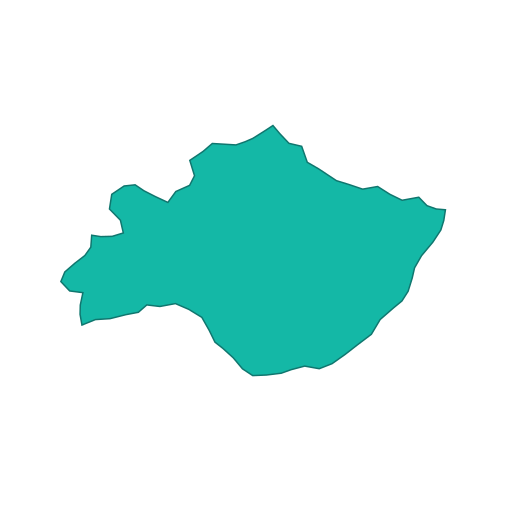 outline of Sarzedo, Minas Gerais, Brazil, rotated 326°
{"feature_id": "56859067B34966160982141", "entity_name": "Sarzedo", "entity_type": "district", "adm_level": 2, "iso_a3": "BRA", "parent_name": "Brazil", "parent_adm1": "Minas Gerais", "projection": "mercator", "projection_center": [-44.126, -20.058], "detail": "fine", "context": "isolated", "style": "filled", "palette": "teal", "viewbox_px": 512, "rotation_deg": 326, "n_neighbors": 0, "source": "geoboundaries", "source_scale": "gbopen_adm2", "svg_char_len": 1169}
<svg xmlns="http://www.w3.org/2000/svg" viewBox="0 0 512 512"><g transform="rotate(326 256 256)"><path d="M73.1,215.9L87.3,218.9L99.9,226.3L115.4,231.9L127.0,236.9L138.1,235.5L148.1,244.1L162.6,250.4L170.4,262.6L176.8,276.6L175.6,291.7L173.8,304.5L176.8,313.8L180.2,327.6L181.7,342.0L186.4,353.3L198.1,360.5L211.4,367.3L221.6,369.9L234.8,374.5L245.4,384.8L258.9,387.8L275.3,387.4L289.8,386.4L307.9,385.4L323.4,378.1L341.1,375.9L351.8,374.9L362.4,370.3L373.1,361.7L380.8,354.5L393.4,348.3L410.4,343.4L423.8,337.8L431.5,331.6L438.9,323.6L431.7,317.8L425.9,309.9L423.8,298.3L408.3,291.5L401.5,279.7L395.7,266.4L381.8,260.2L373.1,248.8L364.8,238.5L360.5,228.1L356.7,218.9L350.9,207.0L355.2,190.6L346.3,181.0L344.1,167.5L343.0,157.3L331.1,157.1L319.0,156.7L310.5,155.1L301.5,152.7L282.7,138.3L270.6,139.7L254.6,139.7L249.9,155.1L240.5,160.3L225.6,157.7L212.9,162.3L205.8,150.5L199.6,139.3L195.6,129.4L185.8,124.2L170.9,124.2L160.8,135.1L163.6,150.5L158.9,162.7L147.8,159.3L138.1,153.1L131.4,146.9L124.0,156.3L114.4,159.9L101.8,160.7L88.6,162.3L79.9,168.1L82.0,180.8L92.0,189.6L82.9,198.4L77.5,206.0L73.1,215.9Z" fill="#14b8a6" stroke="#0f766e" stroke-width="1.5"/></g></svg>